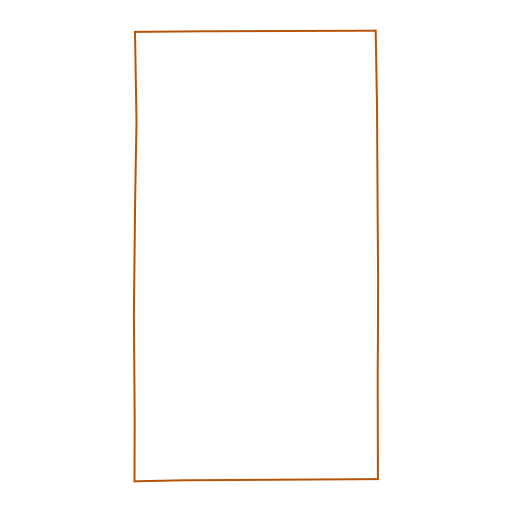 Madison, Indiana, United States of America
{"feature_id": "52423323B58463345388651", "entity_name": "Madison", "entity_type": "district", "adm_level": 2, "iso_a3": "USA", "parent_name": "United States of America", "parent_adm1": "Indiana", "projection": "robinson", "projection_center": [-85.696, 40.162], "detail": "fine", "context": "isolated", "style": "outline", "palette": "amber", "viewbox_px": 512, "rotation_deg": 0, "n_neighbors": 0, "source": "geoboundaries", "source_scale": "gbopen_adm2", "svg_char_len": 339}
<svg xmlns="http://www.w3.org/2000/svg" viewBox="0 0 512 512"><path d="M375.7,30.7L199.5,31.3L135.0,31.9L136.5,121.7L135.2,196.5L133.9,315.3L134.7,420.2L134.5,481.3L182.8,480.3L377.9,479.1L377.8,432.9L377.7,373.2L377.9,342.9L378.0,309.0L378.1,275.7L378.0,268.1L377.0,106.2L375.7,30.7Z" fill="none" stroke="#b45309" stroke-width="2"/></svg>